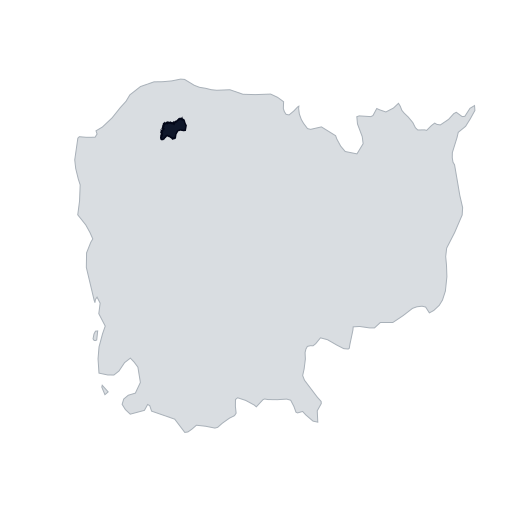 location of Srei Snam, Siemréab, Cambodia, rotated 10°
{"feature_id": "14789045B20836207890742", "entity_name": "Srei Snam", "entity_type": "district", "adm_level": 2, "iso_a3": "KHM", "parent_name": "Cambodia", "parent_adm1": "Siemréab", "projection": "natural_earth1", "projection_center": [103.506, 13.832], "detail": "fine", "context": "in_parent", "style": "filled", "palette": "ink", "viewbox_px": 512, "rotation_deg": 10, "n_neighbors": 0, "source": "geoboundaries", "source_scale": "gbopen_adm2", "svg_char_len": 7144}
<svg xmlns="http://www.w3.org/2000/svg" viewBox="0 0 512 512"><g transform="rotate(10 256 256)"><path d="M445.1,69.9L446.3,74.7L443.2,83.7L439.9,91.9L433.7,99.1L433.4,104.4L431.4,120.1L432.2,125.1L433.7,129.4L435.7,131.7L441.2,147.0L446.2,161.0L451.1,172.5L451.9,179.8L447.6,198.2L442.4,215.1L442.9,223.6L445.2,232.0L447.6,243.3L448.6,257.6L447.3,267.0L445.0,272.8L440.5,278.8L436.6,281.9L431.9,276.8L428.2,276.6L423.2,278.1L419.2,280.4L411.2,289.2L402.3,297.7L390.0,299.9L385.2,306.2L380.1,307.1L370.3,307.4L364.0,308.9L364.3,312.1L363.8,327.1L363.9,330.6L363.0,331.6L358.5,332.0L351.1,329.7L340.9,326.0L333.7,325.4L330.0,332.0L327.8,334.5L325.1,334.9L322.3,336.1L321.3,339.0L321.1,342.6L322.5,348.9L323.0,358.8L322.7,365.6L325.3,369.9L340.8,384.3L345.4,387.9L345.9,390.0L343.2,397.8L345.7,408.9L340.8,408.7L332.7,403.9L328.9,401.0L324.2,403.3L322.5,402.9L319.4,397.5L315.2,392.0L311.0,391.6L301.9,393.8L292.7,395.3L289.3,395.3L287.8,396.3L282.5,404.5L280.2,403.1L270.9,400.0L262.5,398.8L260.7,400.9L261.8,407.6L263.7,414.2L262.6,416.9L257.9,420.4L251.8,426.6L248.0,431.4L245.4,432.6L236.0,432.4L226.7,433.0L223.0,437.6L219.5,441.1L216.5,442.1L204.3,430.8L180.1,426.9L177.4,421.9L175.1,421.0L172.9,427.4L159.6,433.6L154.0,429.9L149.9,425.3L150.6,419.8L154.4,415.3L161.0,412.0L164.1,400.6L159.0,386.0L154.6,381.8L150.0,378.4L145.1,383.8L141.0,393.1L136.7,397.9L130.6,398.9L121.7,398.6L118.3,384.7L117.2,372.8L118.4,359.2L119.7,351.2L111.2,340.1L110.7,329.5L106.6,324.1L105.4,326.8L105.5,329.9L104.3,327.7L90.9,296.7L88.6,282.3L90.9,271.2L92.3,267.5L88.4,261.7L83.0,255.0L73.3,246.4L72.7,232.6L70.5,216.5L67.6,211.0L63.2,201.0L60.8,192.8L60.1,170.9L61.3,169.2L68.1,168.6L76.9,167.0L78.3,163.5L76.7,160.5L82.4,155.6L90.4,144.8L96.6,133.4L101.1,126.3L103.8,119.2L112.8,109.2L125.3,102.2L133.7,100.6L142.6,98.2L151.0,94.9L155.0,94.5L165.5,98.6L171.1,99.7L177.1,99.6L183.2,100.0L188.6,99.6L201.4,96.8L215.1,99.0L227.2,97.2L242.3,94.0L249.7,96.0L256.4,99.3L257.3,106.0L258.9,109.0L261.1,111.3L264.1,111.3L268.0,106.7L271.2,101.9L272.2,101.0L272.4,103.4L274.0,108.6L276.9,113.7L279.8,117.1L284.6,121.6L287.8,121.8L298.0,117.5L313.5,123.7L315.3,126.8L320.3,133.1L325.7,137.6L337.7,137.9L342.0,126.8L339.9,120.0L333.0,108.3L331.1,101.3L333.3,100.1L344.9,98.8L346.8,97.4L349.3,89.8L352.5,90.6L358.9,91.6L365.7,86.4L369.8,80.9L372.0,83.4L374.4,87.3L377.0,89.5L381.9,92.8L387.3,97.4L390.7,102.0L393.4,103.8L400.3,102.5L402.2,102.7L406.1,97.1L408.9,94.1L411.3,95.0L414.8,94.9L422.0,87.9L426.1,81.4L428.3,79.7L434.8,82.9L437.4,82.2L441.1,73.4L445.1,69.9ZM113.7,366.4L112.4,367.2L111.2,367.2L109.9,365.9L110.0,360.9L111.0,357.9L113.1,357.3L113.7,366.4ZM134.0,415.5L131.3,418.8L126.9,411.9L127.0,410.0L134.0,415.5Z" fill="#d9dde1" stroke="#a8b0b8" stroke-width="1"/><path d="M143.0,157.7L143.4,157.5L143.6,157.5L143.6,157.4L143.8,157.3L144.2,157.3L144.5,156.9L144.8,156.7L145.1,156.5L145.1,156.3L145.3,155.6L145.5,155.6L145.8,154.9L146.1,154.8L146.3,154.6L146.4,154.3L146.4,153.8L146.7,153.5L146.8,153.3L147.0,153.3L147.0,153.1L147.5,153.1L147.6,152.9L147.8,152.6L148.2,152.8L148.4,152.9L148.7,153.0L148.8,153.0L149.0,153.1L149.3,153.3L149.6,153.1L149.8,153.1L150.0,153.1L150.3,153.1L150.4,153.3L150.5,153.3L150.7,153.6L150.8,153.6L151.0,153.8L151.3,153.9L151.5,153.9L151.7,154.0L151.8,154.1L152.1,154.1L152.2,154.3L152.4,154.4L152.5,154.3L152.7,154.5L152.7,154.4L152.9,154.5L153.0,154.5L153.4,154.6L153.6,154.4L153.7,154.6L153.8,154.7L153.7,154.7L153.8,154.8L154.0,154.9L154.1,155.0L154.0,154.8L154.1,154.6L154.3,154.5L154.4,154.4L154.4,154.5L154.5,154.4L154.9,154.1L155.1,154.0L155.4,154.2L155.6,154.0L155.8,154.0L155.9,153.9L156.0,153.8L156.0,153.2L155.9,150.4L155.9,149.9L156.1,149.5L156.5,148.1L156.7,147.8L157.1,146.5L157.2,146.3L157.7,145.9L158.6,145.6L159.2,145.0L159.5,145.0L163.0,145.0L163.2,144.8L163.6,144.8L164.5,144.5L164.5,139.6L163.3,138.1L162.5,136.7L161.9,135.4L161.5,134.8L161.0,134.5L161.0,134.4L160.5,134.4L160.3,134.5L160.3,134.2L160.2,134.1L159.9,134.3L159.9,134.2L159.7,134.2L159.4,134.2L159.7,133.9L159.5,133.7L159.4,133.8L159.2,133.7L159.1,133.9L158.8,133.8L158.8,133.5L158.5,133.9L158.3,134.0L158.5,134.2L158.5,134.3L158.4,134.3L158.1,134.0L158.0,133.7L157.9,133.7L157.8,133.8L157.7,133.7L157.4,133.7L157.4,134.0L157.2,133.9L156.9,134.1L157.2,134.3L157.1,134.5L156.7,134.7L156.5,134.3L156.4,134.3L156.4,134.6L156.5,135.0L156.4,135.1L156.3,134.9L156.2,134.9L156.2,135.1L156.3,135.3L156.2,135.4L156.0,135.6L155.9,135.6L155.8,135.8L155.5,135.7L155.3,135.7L155.3,136.1L154.4,136.9L154.5,137.4L154.5,137.5L154.4,137.5L154.2,137.2L153.9,137.2L153.8,137.3L153.6,137.3L153.4,137.6L153.3,137.8L153.5,137.9L153.5,138.0L153.1,138.1L153.2,138.3L152.9,138.4L152.7,138.2L152.6,138.3L152.6,138.5L152.8,138.9L152.8,139.0L152.6,139.1L152.6,139.3L152.4,139.0L152.1,139.2L151.9,139.2L151.7,139.0L151.7,139.5L151.7,139.8L151.6,139.7L151.5,139.3L151.2,139.2L151.1,139.6L150.6,139.6L150.6,139.8L150.4,139.8L150.5,140.0L150.4,140.2L150.1,139.9L150.0,139.5L149.9,139.4L149.7,139.6L149.9,139.9L149.8,140.0L149.6,140.0L149.3,139.9L149.2,139.8L149.2,140.0L148.8,139.9L148.8,139.7L148.3,139.8L148.5,140.1L148.3,140.1L148.2,140.0L148.1,139.6L147.9,139.8L147.7,139.9L147.6,139.7L147.4,139.8L147.4,139.7L147.2,139.8L146.8,139.7L146.7,139.7L146.9,139.9L146.7,140.1L146.7,139.8L146.6,139.6L146.4,139.7L146.2,139.6L145.9,139.6L145.9,139.8L146.0,140.0L145.7,140.2L145.7,140.4L145.5,140.2L145.5,140.3L145.4,140.5L145.2,140.2L145.0,140.4L144.7,140.5L144.5,140.4L144.3,140.6L144.4,140.8L144.3,141.0L144.2,140.9L144.2,140.7L143.9,140.9L144.0,141.0L143.8,141.3L143.7,141.3L143.6,141.1L143.4,141.0L143.5,141.3L143.5,141.5L143.3,141.5L143.2,141.7L143.0,141.3L142.8,141.4L142.7,141.7L142.3,141.4L142.0,141.7L142.0,141.8L142.3,141.9L142.3,142.1L142.4,142.5L142.5,142.6L142.4,142.7L142.2,142.6L142.2,142.9L142.1,143.1L142.2,143.3L141.9,143.2L141.8,143.4L141.8,143.8L142.0,143.7L142.1,143.8L141.9,144.1L141.8,144.5L141.6,144.5L141.9,144.6L142.1,144.7L142.0,144.8L142.0,145.0L142.1,145.3L141.8,145.2L141.7,145.4L141.7,145.5L142.0,145.5L142.1,145.9L142.2,146.0L142.0,146.3L142.5,146.2L142.6,146.3L142.4,146.5L142.4,146.9L142.7,147.0L143.1,146.8L143.1,147.0L143.1,147.4L142.8,147.3L142.7,147.6L142.5,147.8L142.3,147.7L142.3,148.2L142.5,148.2L142.7,148.3L142.2,148.3L141.8,148.6L141.7,148.6L141.9,148.8L141.9,149.0L142.0,149.1L142.0,148.7L142.2,149.1L141.8,149.3L142.0,149.6L142.0,150.0L142.0,150.3L141.7,150.1L141.9,150.5L141.7,150.6L141.5,150.4L141.3,150.2L141.3,150.3L141.3,150.6L141.2,150.7L141.1,150.3L140.9,150.4L140.9,150.5L141.0,150.9L141.2,151.0L141.3,151.1L141.5,150.9L141.7,151.2L141.8,151.1L141.9,151.3L142.0,151.7L142.0,151.8L141.9,152.0L142.0,152.3L141.8,152.3L142.0,152.4L142.5,152.4L142.3,152.8L142.1,152.7L141.9,152.9L141.8,153.0L141.6,153.2L141.7,153.4L141.9,153.2L141.9,153.5L141.6,153.7L141.5,153.9L141.5,154.0L141.8,154.1L141.9,153.9L142.2,153.9L142.4,153.9L142.2,154.2L141.8,154.3L141.7,154.4L141.7,154.6L142.0,154.7L142.2,154.8L142.0,155.1L141.7,155.0L141.6,155.3L141.8,155.5L141.7,155.9L141.7,156.2L141.8,156.5L142.3,156.6L142.3,157.0L142.6,157.2L142.6,157.3L142.5,157.5L142.9,157.6L143.0,157.7Z" fill="#0f172a" stroke="#020617" stroke-width="1.5"/></g></svg>